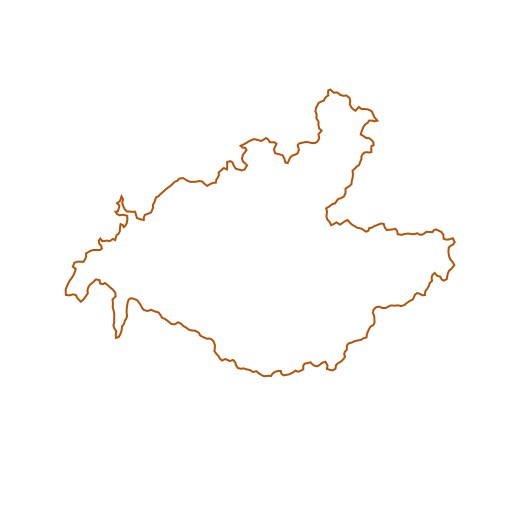 Leopoldina, Minas Gerais, Brazil (Mercator projection), rotated 341°
{"feature_id": "56859067B5344227565341", "entity_name": "Leopoldina", "entity_type": "district", "adm_level": 2, "iso_a3": "BRA", "parent_name": "Brazil", "parent_adm1": "Minas Gerais", "projection": "mercator", "projection_center": [-42.645, -21.545], "detail": "fine", "context": "isolated", "style": "outline", "palette": "amber", "viewbox_px": 512, "rotation_deg": 341, "n_neighbors": 0, "source": "geoboundaries", "source_scale": "gbopen_adm2", "svg_char_len": 6127}
<svg xmlns="http://www.w3.org/2000/svg" viewBox="0 0 512 512"><g transform="rotate(341 256 256)"><path d="M286.3,385.9L289.2,388.0L291.2,389.1L294.4,388.5L296.1,385.3L298.7,384.0L301.6,383.6L305.1,382.0L307.4,380.2L307.4,377.4L308.8,375.5L311.3,374.2L312.4,371.2L313.8,369.4L316.1,368.7L318.3,369.1L321.4,368.6L325.0,369.0L327.8,369.5L330.8,368.8L333.9,369.0L335.4,366.1L337.9,363.1L341.1,360.1L344.3,359.5L346.3,357.8L348.2,351.5L348.0,347.8L349.7,345.0L352.8,343.5L356.1,344.0L358.3,346.2L361.8,347.4L364.5,346.9L367.2,346.6L371.3,348.2L374.5,349.0L376.8,350.6L380.2,350.7L383.5,349.4L387.3,348.5L390.1,348.2L392.0,346.2L393.8,344.3L396.3,343.5L398.5,345.1L400.7,347.4L403.0,347.9L404.5,344.6L407.2,342.7L409.5,340.8L411.6,338.0L414.4,336.8L415.0,333.6L416.4,331.6L419.4,330.2L420.9,333.8L423.6,335.6L423.8,338.1L425.3,340.4L428.8,340.0L431.4,335.4L433.5,333.0L436.9,331.6L440.6,329.1L439.8,325.4L438.5,322.1L438.5,318.5L439.5,314.0L441.1,310.7L443.5,309.6L445.9,309.4L448.4,307.6L447.9,303.3L443.8,303.2L441.0,302.3L439.0,300.8L440.1,296.9L439.0,293.5L436.9,291.5L435.0,289.5L432.6,289.4L430.6,290.9L427.8,289.7L425.0,288.6L422.4,289.5L420.0,289.9L417.5,289.0L415.9,287.0L413.1,286.9L410.5,286.1L407.2,284.3L403.6,283.5L400.7,283.5L397.1,281.5L397.5,278.1L396.7,275.7L394.1,275.4L388.1,274.0L387.0,270.8L387.2,267.2L384.6,266.0L377.8,266.3L374.6,266.9L372.1,266.5L370.5,268.7L368.1,268.9L364.4,264.3L361.0,262.3L359.1,260.0L357.1,257.8L355.4,254.6L354.3,251.8L351.5,252.1L348.3,252.9L345.6,253.7L343.0,250.4L339.6,251.2L337.0,251.2L336.8,248.1L335.4,244.9L335.4,241.7L337.6,237.1L337.8,233.8L341.5,233.0L345.0,231.8L347.9,232.0L349.8,230.5L352.1,228.8L355.0,229.0L358.6,228.3L361.2,225.4L362.6,221.4L366.5,220.5L369.6,219.2L371.0,216.2L373.0,213.2L374.3,210.1L375.1,206.7L378.2,205.4L380.6,204.2L383.1,203.6L385.3,200.8L387.3,198.6L388.0,196.3L389.9,194.5L392.3,193.5L394.5,193.9L396.9,195.1L399.1,195.2L399.9,191.9L401.0,189.7L403.3,189.5L404.0,186.9L403.2,184.3L401.4,181.5L398.5,180.2L396.7,177.6L394.6,175.2L396.3,172.7L398.2,170.5L400.2,168.4L402.4,167.0L405.0,166.4L407.1,164.8L410.2,165.9L412.2,167.4L414.8,167.5L413.2,163.8L412.9,159.8L412.5,156.7L409.6,153.8L406.3,152.3L403.7,151.5L401.8,148.6L399.6,149.8L397.4,151.1L395.6,148.8L394.4,146.1L394.1,142.7L395.5,140.4L395.9,137.0L393.8,133.7L391.0,133.1L388.1,131.1L386.2,127.9L382.6,126.8L380.6,122.9L378.3,122.9L377.2,125.2L376.7,127.7L374.3,128.3L372.3,129.5L370.8,131.2L367.6,131.2L364.9,131.7L363.3,133.4L361.3,135.1L359.3,138.4L359.4,142.0L357.9,145.4L358.9,149.3L357.7,152.4L357.2,155.9L358.8,158.9L354.7,161.2L354.1,165.4L351.4,167.8L348.8,168.4L345.6,167.5L342.9,165.6L340.1,164.4L336.7,164.0L333.4,163.6L331.4,164.9L331.2,169.6L328.6,172.6L325.6,172.9L322.5,172.9L320.3,174.1L318.6,175.9L316.2,178.4L314.2,177.3L314.5,173.7L314.0,169.6L310.9,167.2L307.5,165.0L307.7,161.0L310.0,158.4L311.9,156.7L310.5,154.5L308.1,153.7L306.0,152.8L305.5,149.8L303.8,147.7L301.6,148.4L298.2,148.9L295.6,146.9L292.1,144.8L288.8,145.0L285.7,145.4L283.6,146.0L280.5,146.5L277.3,146.8L278.7,149.2L281.1,150.3L281.5,152.8L278.7,154.6L276.2,156.5L274.5,159.3L274.4,162.4L275.8,164.7L277.0,167.4L273.4,170.5L270.5,170.5L267.8,168.6L265.3,166.9L264.3,162.7L264.3,160.0L262.7,158.0L259.4,157.7L258.0,161.8L256.8,164.7L254.1,162.3L251.4,163.4L247.8,165.0L247.2,167.6L245.4,169.4L243.4,170.9L241.9,173.6L239.0,172.8L235.5,173.2L232.7,173.8L230.8,171.1L229.4,168.0L226.6,166.6L223.6,166.3L220.9,165.5L217.8,164.4L215.6,162.5L214.1,160.6L212.4,158.6L208.6,157.8L206.2,159.3L203.4,159.3L201.0,160.5L198.4,161.7L192.3,163.6L189.2,165.0L185.7,166.4L183.1,167.8L180.7,168.0L178.9,170.1L177.5,172.2L175.2,173.9L174.7,176.4L173.0,178.5L170.8,180.7L167.7,180.9L164.3,181.0L162.7,182.8L161.6,185.4L159.2,184.0L155.8,181.4L156.0,177.4L156.1,174.8L153.3,173.9L151.0,172.8L148.5,172.0L147.1,169.2L146.7,165.6L146.8,162.1L148.8,158.8L148.2,155.9L146.5,158.2L144.9,159.9L141.8,160.8L143.3,163.9L141.7,166.3L140.0,168.8L137.6,168.4L138.4,171.2L140.2,173.1L144.1,173.8L147.3,176.2L146.3,179.4L144.5,182.8L142.4,184.9L140.4,185.7L140.1,183.3L138.3,181.8L136.5,185.2L135.3,188.3L133.2,190.2L131.0,190.9L129.6,192.8L128.1,195.1L126.1,193.3L122.7,194.3L120.3,193.0L118.0,192.5L115.5,192.0L114.5,188.9L112.3,190.3L111.8,193.4L113.0,195.9L112.7,198.9L110.4,199.5L107.7,198.7L104.1,197.3L100.5,197.3L96.1,198.3L95.3,201.2L93.7,203.1L91.0,205.4L88.1,204.2L85.8,203.3L82.2,203.2L79.3,206.5L81.4,209.5L79.7,211.9L77.8,214.1L75.0,216.5L71.3,219.1L68.3,222.1L65.3,225.4L64.3,228.2L63.6,230.9L66.5,232.4L70.5,232.7L73.1,234.4L73.2,237.0L74.4,239.9L75.5,242.2L78.5,241.1L81.8,238.7L84.8,236.6L85.5,233.5L87.0,231.3L89.3,229.3L91.9,228.3L94.8,227.2L97.0,226.0L100.2,227.9L99.7,231.3L101.9,232.8L104.3,232.3L106.0,234.8L107.7,237.9L109.6,241.0L111.0,244.7L110.1,248.5L106.2,250.4L105.2,254.7L103.9,257.4L103.5,262.4L103.0,265.0L101.9,267.9L101.1,270.2L100.4,272.5L98.6,275.2L98.5,278.3L99.4,281.7L97.9,284.6L96.9,287.8L99.8,287.9L102.4,285.6L104.7,282.6L106.5,278.8L109.2,277.1L111.0,274.4L113.0,272.9L114.6,270.8L115.1,267.9L116.1,264.9L117.7,261.5L119.5,258.2L121.5,255.7L123.9,255.2L126.4,256.6L129.1,258.9L130.4,262.4L131.2,266.0L131.5,268.5L132.6,270.7L135.6,272.7L139.3,272.7L141.5,274.8L143.4,276.2L145.5,277.6L146.3,280.1L147.0,283.7L149.4,285.9L150.9,287.9L153.9,292.8L157.0,294.2L160.7,293.3L163.0,295.5L164.6,298.7L166.9,301.2L168.3,303.6L170.6,305.3L174.3,306.9L176.9,310.0L177.5,313.3L179.9,315.7L182.6,318.2L185.3,318.9L187.3,321.0L188.1,323.3L188.1,327.1L186.9,330.0L185.7,332.5L186.8,335.9L188.1,338.8L188.5,341.5L189.9,343.8L193.4,343.4L195.3,345.1L197.0,346.8L200.4,346.8L201.7,349.6L201.6,352.8L202.4,356.0L205.2,357.8L207.5,358.1L209.9,359.9L213.0,361.8L215.5,364.7L218.9,365.1L220.4,367.8L222.3,370.1L224.2,372.1L226.8,372.9L229.1,373.4L231.1,374.4L233.4,372.6L236.1,371.8L239.2,371.8L242.0,372.7L241.7,375.5L243.1,377.8L249.0,378.7L252.9,378.2L256.0,377.2L258.0,379.1L260.9,379.1L263.8,378.6L264.9,375.2L267.0,373.6L270.0,374.1L272.8,374.2L274.0,376.5L275.3,378.6L277.9,380.2L280.5,379.8L283.7,378.5L287.2,378.6L288.0,382.9L286.3,385.9Z" fill="none" stroke="#b45309" stroke-width="2"/></g></svg>